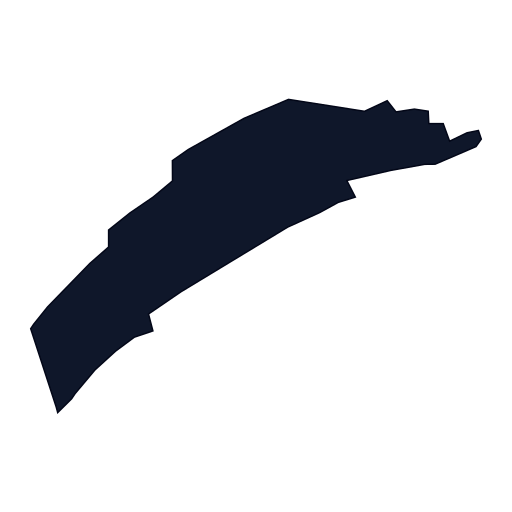 the district of Juniata, Pennsylvania, United States of America
{"feature_id": "52423323B41767417626536", "entity_name": "Juniata", "entity_type": "district", "adm_level": 2, "iso_a3": "USA", "parent_name": "United States of America", "parent_adm1": "Pennsylvania", "projection": "albers", "projection_center": [-77.347, 40.479], "detail": "fine", "context": "isolated", "style": "filled", "palette": "ink", "viewbox_px": 512, "rotation_deg": 0, "n_neighbors": 0, "source": "geoboundaries", "source_scale": "gbopen_adm2", "svg_char_len": 649}
<svg xmlns="http://www.w3.org/2000/svg" viewBox="0 0 512 512"><path d="M288.5,99.4L244.1,118.3L188.3,149.5L172.4,160.6L172.5,180.9L153.1,197.1L130.0,212.9L108.6,230.0L108.6,247.0L89.9,263.4L47.6,306.9L33.7,324.2L30.7,328.7L56.2,407.0L57.7,412.6L71.6,398.8L75.1,393.6L95.0,369.9L115.5,351.2L134.3,337.2L152.9,330.9L148.5,314.0L181.1,291.7L287.7,227.1L319.8,212.5L338.2,202.4L355.3,197.1L346.8,180.5L390.8,170.4L424.8,164.3L435.1,164.2L476.0,146.6L481.3,139.1L478.4,130.5L467.0,132.8L449.6,141.2L443.2,123.6L428.8,123.6L428.2,111.2L414.4,109.1L396.0,111.9L387.2,100.7L364.5,111.3L288.5,99.4Z" fill="#0f172a" stroke="#020617" stroke-width="1.5"/></svg>